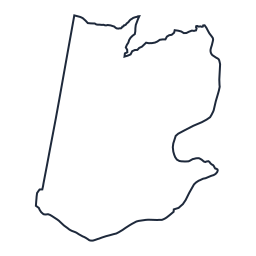 the district of Tabatinga, Amazonas, Brazil
{"feature_id": "56859067B95161985484983", "entity_name": "Tabatinga", "entity_type": "district", "adm_level": 2, "iso_a3": "BRA", "parent_name": "Brazil", "parent_adm1": "Amazonas", "projection": "mercator", "projection_center": [-69.622, -4.029], "detail": "fine", "context": "isolated", "style": "outline", "palette": "slate", "viewbox_px": 256, "rotation_deg": 0, "n_neighbors": 0, "source": "geoboundaries", "source_scale": "gbopen_adm2", "svg_char_len": 3238}
<svg xmlns="http://www.w3.org/2000/svg" viewBox="0 0 256 256"><path d="M173.8,209.4L178.6,207.9L180.6,206.1L182.9,204.1L183.7,202.9L185.6,200.1L189.3,192.7L194.0,184.4L196.1,182.4L198.7,180.7L199.7,180.3L203.1,178.7L205.6,178.2L211.3,175.8L213.6,175.1L215.5,174.0L217.1,172.2L217.7,170.6L217.5,169.5L216.5,168.8L215.3,168.6L214.6,167.6L214.1,166.5L213.2,165.2L212.0,164.6L210.7,163.6L209.4,161.9L208.4,161.2L206.5,161.5L205.3,162.0L203.8,161.5L202.9,160.7L201.7,159.7L200.2,158.8L198.9,158.2L197.8,158.2L196.0,158.3L194.2,158.8L192.7,159.1L189.7,160.8L188.6,161.3L187.2,161.4L185.0,161.5L183.3,161.4L181.4,161.3L179.4,161.0L176.9,159.6L175.2,157.2L174.2,154.7L173.3,151.6L172.8,147.2L173.3,143.4L174.3,140.3L175.7,135.9L178.2,133.7L184.2,130.5L193.3,125.8L201.8,122.2L206.6,119.6L210.1,117.2L211.7,114.5L213.2,111.5L213.7,110.2L215.8,101.2L218.1,93.4L218.9,90.5L219.7,86.8L219.5,84.8L219.3,79.5L219.8,70.1L220.1,64.3L219.8,62.8L219.4,61.1L219.1,60.1L218.5,59.1L217.4,58.3L216.5,57.9L212.3,55.1L211.2,53.6L210.7,52.2L210.5,50.9L210.6,49.4L211.1,47.5L211.9,45.0L212.3,43.3L212.7,41.7L213.1,39.8L213.0,38.8L212.7,37.8L211.4,36.0L209.4,33.4L207.9,30.7L206.4,27.8L204.6,25.3L203.2,25.4L202.8,26.6L201.8,26.8L200.5,26.4L198.7,26.6L197.3,26.0L196.3,26.1L196.0,27.2L196.6,28.2L196.3,29.5L196.0,30.4L195.0,30.6L194.0,30.9L191.9,30.6L189.0,31.7L186.4,33.0L183.8,33.1L181.3,31.5L178.2,30.7L174.7,30.2L174.1,32.7L171.7,34.8L169.2,35.2L166.9,36.6L165.4,39.4L162.7,39.4L159.8,39.8L157.4,41.5L154.9,42.6L152.0,43.1L148.8,43.2L146.1,42.7L141.9,46.7L139.2,47.9L137.4,49.9L134.9,50.0L132.2,51.2L130.6,54.4L127.6,55.7L125.4,56.3L124.5,56.6L124.9,53.4L127.3,52.3L127.2,49.8L125.8,47.4L126.9,44.8L128.3,42.7L129.2,39.9L130.6,37.7L132.6,35.7L134.8,34.1L135.3,31.3L135.4,28.1L135.8,24.9L136.9,22.0L137.9,19.3L139.3,16.2L138.0,16.3L136.7,16.9L135.3,17.2L134.1,17.6L133.2,17.9L132.1,18.7L130.7,19.5L130.0,20.1L129.3,20.9L128.6,21.9L127.7,22.7L126.6,23.5L125.8,24.7L124.8,25.2L123.9,25.4L123.4,26.4L122.4,26.6L121.8,27.6L121.0,28.3L119.6,28.3L118.4,28.6L116.7,28.4L115.5,27.7L114.3,26.6L113.1,26.2L112.1,25.9L110.6,25.4L109.0,25.2L107.7,25.0L106.6,25.3L105.0,25.3L103.6,24.8L102.6,24.9L101.5,24.9L100.0,24.7L98.4,24.7L97.1,24.6L96.0,24.3L94.8,23.5L91.1,23.4L87.8,23.1L85.6,20.7L82.7,18.1L80.4,17.0L77.4,16.2L74.3,15.4L67.4,53.8L59.3,99.3L55.8,118.5L49.8,150.1L46.9,165.6L43.5,183.3L43.0,186.3L42.3,189.4L39.6,189.5L38.7,190.7L37.1,193.0L36.8,195.1L36.6,196.7L36.5,198.2L36.4,199.3L36.2,201.6L35.9,205.8L38.8,207.9L39.7,209.9L41.2,212.2L43.5,214.2L45.2,214.5L46.6,214.4L48.0,214.2L50.0,214.9L51.7,215.9L52.8,216.6L56.0,218.7L57.4,219.6L58.3,220.3L59.1,220.9L59.9,221.7L63.0,224.6L64.1,225.6L67.7,228.2L68.9,229.2L70.3,230.1L71.9,230.9L73.8,231.6L75.4,232.2L76.6,232.8L78.9,234.3L80.9,235.4L82.7,236.4L84.2,237.0L85.7,237.8L87.9,239.2L89.1,240.1L90.2,240.5L91.4,240.6L92.9,240.6L94.9,240.0L96.9,239.3L97.7,239.0L98.8,238.7L100.4,238.1L102.0,237.5L106.0,236.2L109.5,235.3L113.8,234.1L116.3,233.5L118.8,232.2L122.5,230.0L125.5,227.9L129.7,225.2L131.9,223.9L136.4,221.5L138.7,220.9L145.7,219.9L148.3,219.7L157.3,220.0L158.5,219.9L161.8,219.9L163.6,219.2L165.0,218.5L166.6,217.5L169.3,215.4L173.6,211.8L173.8,209.4Z" fill="none" stroke="#1e293b" stroke-width="2"/></svg>